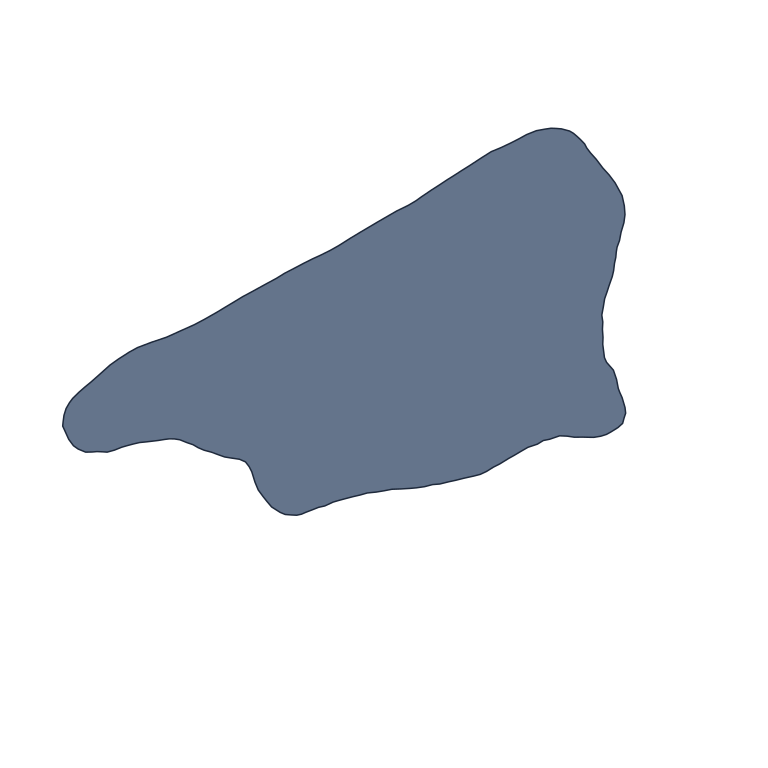 the district of Mulaku, Maldives, rotated 60°
{"feature_id": "70690204B6879359618468", "entity_name": "Mulaku", "entity_type": "district", "adm_level": 2, "iso_a3": "MDV", "parent_name": "Maldives", "parent_adm1": "", "projection": "equal_earth", "projection_center": [73.487, 2.962], "detail": "fine", "context": "isolated", "style": "filled", "palette": "slate", "viewbox_px": 768, "rotation_deg": 60, "n_neighbors": 0, "source": "geoboundaries", "source_scale": "gbopen_adm2", "svg_char_len": 2483}
<svg xmlns="http://www.w3.org/2000/svg" viewBox="0 0 768 768"><g transform="rotate(60 384 384)"><path d="M274.3,684.7L282.2,683.8L287.4,681.4L293.8,676.5L297.0,670.7L299.0,666.4L302.1,661.5L304.6,657.8L306.5,650.5L307.6,642.8L308.9,637.5L310.7,630.8L312.5,624.9L315.0,619.4L316.7,615.5L320.0,607.8L322.4,601.5L324.1,597.5L326.6,593.2L330.2,588.7L336.2,584.0L341.1,579.7L346.2,576.8L351.4,572.9L356.7,567.6L362.7,562.6L367.5,558.5L371.5,553.6L376.9,546.8L382.2,542.9L388.2,542.1L393.9,542.4L404.5,544.8L412.9,545.9L421.0,545.0L427.1,544.1L434.3,542.8L443.3,538.1L447.6,534.8L451.1,529.7L454.0,525.2L455.5,520.5L456.0,516.0L457.1,509.1L458.1,502.3L460.0,496.3L460.8,487.3L462.1,481.9L463.6,476.2L466.0,467.4L468.2,460.2L470.0,453.0L473.7,444.8L476.6,437.1L479.1,429.8L483.2,422.1L487.5,413.5L490.1,407.9L493.2,400.2L495.4,392.2L498.5,385.7L501.1,376.7L503.2,370.2L505.6,361.8L508.6,352.3L510.4,345.8L511.0,338.9L510.7,331.0L511.1,323.5L510.8,313.2L510.9,307.0L510.8,298.8L510.8,291.0L512.8,281.2L512.6,274.3L514.5,268.7L514.7,268.0L516.7,257.8L520.7,251.5L525.3,245.7L529.1,238.9L532.4,233.5L535.1,229.0L537.6,222.4L538.9,216.5L539.0,211.6L538.7,203.1L537.4,197.0L533.6,193.2L530.1,189.3L524.8,187.0L514.9,184.6L509.0,184.0L504.9,183.3L496.3,180.3L486.7,178.4L476.5,180.4L471.4,179.9L465.7,177.5L459.0,174.7L453.1,171.0L445.9,167.5L439.7,163.5L433.2,160.9L427.0,155.6L420.5,150.3L415.7,144.7L411.0,139.5L405.1,132.6L400.7,128.5L394.7,124.0L390.2,119.9L385.9,116.9L382.1,113.8L377.5,108.3L371.1,102.8L364.3,95.6L357.8,90.6L349.9,86.8L339.9,83.6L325.3,83.3L315.5,84.5L306.3,86.5L295.2,87.9L287.2,89.6L281.0,90.4L276.4,90.2L270.3,91.7L265.8,93.1L261.6,94.6L257.7,96.8L251.8,102.7L248.7,107.2L246.0,111.5L243.7,117.3L240.8,125.4L239.3,135.8L239.1,145.1L238.6,154.6L237.7,165.1L236.4,174.9L236.8,185.4L237.1,190.8L237.7,201.8L238.0,210.4L238.5,220.3L238.7,226.7L239.3,236.4L239.7,245.3L240.6,257.9L241.3,264.9L241.4,273.6L240.5,286.5L240.5,299.8L240.5,308.5L240.6,317.6L240.7,328.1L240.9,339.4L241.5,354.2L241.4,363.7L240.7,375.0L239.9,383.2L239.3,393.3L239.0,401.5L238.4,414.7L238.7,424.5L238.4,434.8L238.2,444.0L238.0,453.4L237.7,462.5L237.9,471.7L238.1,483.6L238.3,493.0L238.2,507.5L237.8,518.5L236.3,533.1L234.7,549.1L231.6,564.4L229.2,579.3L229.0,588.7L229.6,601.4L230.6,611.8L233.4,625.1L235.8,636.9L237.0,644.2L238.6,652.3L240.8,660.8L242.9,665.7L246.3,671.6L251.1,676.8L256.3,680.8L259.8,683.3L267.2,684.0L274.3,684.7Z" fill="#64748b" stroke="#1e293b" stroke-width="1.5"/></g></svg>